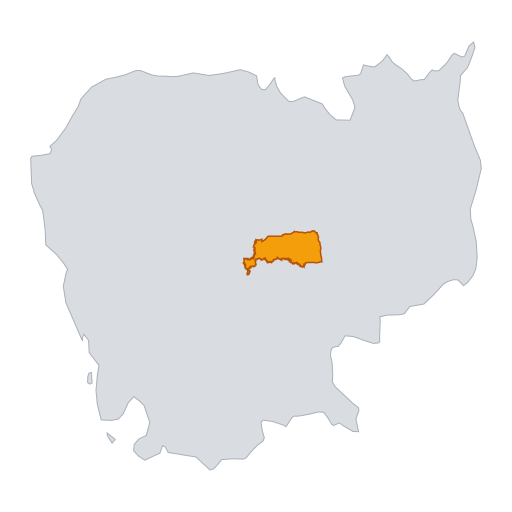 Santuk, Kâmpóng Thum, Cambodia shown in context
{"feature_id": "14789045B50738302536957", "entity_name": "Santuk", "entity_type": "district", "adm_level": 2, "iso_a3": "KHM", "parent_name": "Cambodia", "parent_adm1": "Kâmpóng Thum", "projection": "natural_earth1", "projection_center": [105.23, 12.591], "detail": "fine", "context": "in_parent", "style": "filled", "palette": "amber", "viewbox_px": 512, "rotation_deg": 0, "n_neighbors": 0, "source": "geoboundaries", "source_scale": "gbopen_adm2", "svg_char_len": 8570}
<svg xmlns="http://www.w3.org/2000/svg" viewBox="0 0 512 512"><path d="M473.6,42.0L475.0,47.5L471.4,57.9L467.6,67.4L460.5,75.6L460.2,81.6L457.8,99.7L458.7,105.5L460.4,110.4L462.7,113.0L469.0,130.7L474.7,146.8L480.3,160.0L481.3,168.4L476.2,189.6L470.3,209.0L470.8,218.7L473.4,228.4L476.2,241.3L477.2,257.9L475.8,268.7L473.1,275.4L467.9,282.2L463.5,285.7L458.0,279.9L453.7,279.7L448.0,281.4L443.4,284.1L434.2,294.2L424.0,304.0L409.8,306.5L404.3,313.8L398.4,314.8L387.2,315.1L379.9,316.8L380.2,320.5L379.6,337.8L379.8,341.8L378.7,342.9L373.6,343.4L365.0,340.8L353.3,336.5L345.1,335.8L340.8,343.3L338.3,346.3L335.1,346.7L331.9,348.1L330.8,351.4L330.5,355.6L332.1,362.8L332.7,374.2L332.3,382.0L335.3,386.9L353.1,403.5L358.4,407.6L359.0,410.1L355.9,419.1L358.6,431.7L353.1,431.5L343.8,426.1L339.3,422.8L333.9,425.4L332.1,424.9L328.4,418.7L323.7,412.3L318.8,411.9L308.4,414.4L297.8,416.2L293.8,416.1L292.2,417.3L286.0,426.7L283.4,425.1L272.7,421.5L263.0,420.1L261.0,422.6L262.2,430.3L264.3,437.8L263.1,441.0L257.7,445.0L250.7,452.1L246.3,457.7L243.3,459.1L232.6,458.8L221.8,459.5L217.5,464.8L213.5,468.9L210.0,470.0L196.0,457.0L168.2,452.5L165.2,446.8L162.5,445.7L159.9,453.1L144.7,460.2L138.3,455.9L133.6,450.7L134.3,444.3L138.7,439.1L146.3,435.4L149.8,422.3L144.1,405.5L139.0,400.6L133.7,396.7L128.1,403.0L123.3,413.6L118.4,419.1L111.4,420.4L101.2,419.9L97.3,404.0L96.0,390.3L97.4,374.7L99.0,365.4L89.2,352.7L88.6,340.5L83.9,334.3L82.5,337.4L82.6,340.9L81.3,338.4L65.9,302.7L63.3,286.2L66.0,273.5L67.6,269.2L63.1,262.5L56.9,254.9L45.8,244.9L45.1,229.1L42.7,210.5L39.4,204.3L34.3,192.8L31.6,183.3L30.7,158.2L32.1,156.2L40.0,155.5L50.1,153.7L51.7,149.6L49.9,146.3L56.4,140.6L65.7,128.1L72.9,115.1L78.0,106.9L81.1,98.7L91.5,87.2L105.9,79.2L115.6,77.3L125.7,74.6L135.4,70.7L140.0,70.4L152.1,75.0L158.6,76.2L165.4,76.2L172.5,76.7L178.7,76.2L193.4,72.9L209.1,75.5L223.1,73.5L240.4,69.7L248.9,72.1L256.6,75.8L257.7,83.5L259.5,87.0L262.1,89.7L265.5,89.7L269.9,84.3L273.6,78.8L274.8,77.8L275.0,80.5L276.8,86.5L280.1,92.4L283.5,96.2L289.0,101.4L292.6,101.7L304.5,96.8L322.2,103.9L324.3,107.5L330.0,114.7L336.2,119.9L350.1,120.2L355.0,107.4L352.6,99.7L344.7,86.1L342.5,78.1L345.1,76.7L358.4,75.2L360.6,73.6L363.5,64.9L367.1,65.9L374.6,67.0L382.4,61.0L387.0,54.7L389.5,57.6L392.3,62.0L395.3,64.5L401.0,68.3L407.2,73.7L411.1,78.9L414.2,81.0L422.1,79.5L424.2,79.7L428.8,73.4L432.0,69.9L434.8,70.9L438.8,70.8L447.0,62.7L451.8,55.3L454.3,53.3L461.8,57.0L464.7,56.2L469.0,46.0L473.6,42.0ZM92.1,382.9L90.5,383.9L89.1,383.8L87.6,382.4L87.8,376.6L88.9,373.1L91.4,372.5L92.1,382.9ZM115.3,439.4L112.1,443.2L107.2,435.3L107.2,433.0L115.3,439.4Z" fill="#d9dde1" stroke="#a8b0b8" stroke-width="1"/><path d="M321.8,261.9L321.4,257.0L320.8,255.5L320.8,254.0L320.4,252.3L320.4,250.2L320.7,249.2L320.8,248.1L320.4,245.6L319.9,244.2L320.0,242.7L318.8,241.1L318.5,240.1L318.1,239.8L318.2,238.6L318.6,237.2L318.1,236.4L317.7,234.6L317.1,234.4L316.9,234.1L317.2,232.9L315.5,232.5L315.2,231.7L314.6,231.1L313.6,231.1L313.4,230.9L312.6,231.1L312.4,230.9L312.0,231.0L311.8,231.3L310.7,232.0L310.4,231.9L309.6,232.3L308.0,232.0L305.7,232.8L305.0,232.9L304.0,232.7L303.7,232.8L303.0,232.4L301.7,232.2L300.2,232.4L299.6,232.2L298.1,232.2L297.2,231.7L294.8,231.9L294.3,231.4L293.3,232.4L290.6,233.9L290.3,233.9L289.9,234.1L287.4,234.0L286.7,234.2L285.9,233.8L285.4,233.9L284.9,234.3L284.3,234.2L284.0,234.6L283.5,234.8L282.8,234.7L282.4,235.2L282.4,235.7L281.4,236.2L268.4,236.2L267.5,236.8L267.3,237.2L265.3,239.4L263.9,240.4L261.9,241.6L261.8,239.3L261.5,239.5L258.7,240.2L257.2,239.7L256.6,240.2L256.0,239.8L256.1,241.2L255.5,240.8L254.8,241.3L254.7,241.8L255.3,242.9L255.5,242.8L255.9,242.0L256.0,241.9L256.2,242.8L255.6,243.0L255.3,243.7L254.5,243.6L254.5,243.9L253.4,247.0L254.5,247.3L254.6,247.7L255.0,248.0L254.1,248.9L254.3,249.4L254.7,249.4L254.9,249.7L254.7,250.1L254.0,250.1L254.1,250.4L254.5,250.5L254.7,250.8L254.1,251.0L254.4,251.6L254.8,251.2L255.1,251.5L255.1,251.9L254.4,252.4L254.7,252.8L255.2,252.8L255.4,253.6L255.1,253.5L255.2,253.9L255.0,254.0L255.0,254.3L254.7,254.2L254.5,254.6L254.0,254.2L253.6,254.8L253.6,255.0L253.5,255.4L253.7,256.0L253.9,256.1L253.7,256.7L254.1,256.8L254.1,257.6L253.8,257.8L253.5,257.6L252.9,257.6L252.8,258.1L253.3,258.4L253.3,258.7L252.7,258.4L252.4,258.0L252.2,258.2L251.9,257.7L251.4,257.6L251.0,258.5L251.3,258.6L251.8,258.1L251.7,258.5L250.7,259.4L250.2,258.9L250.1,259.3L249.6,259.4L249.4,259.9L248.8,259.7L248.6,259.2L248.4,259.2L248.2,258.7L247.7,258.7L247.4,259.2L247.2,258.7L246.8,259.0L246.3,258.5L245.9,258.8L245.1,258.3L244.5,258.8L243.8,258.6L243.8,259.0L244.5,259.7L244.0,261.0L244.3,261.6L244.2,261.9L244.0,262.2L244.0,262.5L243.5,262.6L243.3,263.0L243.6,263.7L244.2,263.7L244.6,264.2L245.1,263.9L245.6,264.6L245.6,264.8L244.5,265.1L244.5,265.3L244.9,265.8L244.9,266.2L245.2,266.5L245.1,266.8L245.5,266.7L245.7,266.9L245.2,267.5L245.3,267.7L245.7,267.7L245.8,268.2L245.6,268.5L246.5,269.2L247.4,268.9L247.3,269.6L247.6,269.8L247.4,270.2L247.8,270.7L247.7,271.3L247.8,271.9L247.6,272.5L247.2,272.9L247.3,273.4L247.2,273.8L247.5,274.4L247.3,274.7L247.6,274.8L247.9,274.4L248.2,274.6L248.7,273.8L248.8,273.9L248.9,273.7L249.0,273.8L249.3,273.6L249.4,272.6L249.2,272.6L249.4,272.5L249.3,272.2L249.4,272.3L249.5,272.1L249.6,272.3L249.9,271.8L249.5,271.7L249.5,271.3L249.8,271.0L249.7,270.5L248.7,269.8L248.9,269.0L248.8,268.5L249.0,268.4L248.9,268.3L249.3,267.9L249.2,267.8L249.4,267.4L249.8,267.2L249.9,266.9L250.2,267.1L250.0,267.6L250.5,267.8L250.7,267.6L250.6,267.8L250.9,267.8L250.8,267.2L251.1,266.9L250.9,266.7L251.0,266.3L252.1,266.4L252.3,266.2L252.7,266.2L252.9,266.5L253.3,266.6L253.7,266.2L254.2,266.6L254.6,266.4L254.8,265.9L255.0,265.9L255.2,265.4L255.4,265.4L255.3,265.1L255.6,264.7L256.0,264.6L256.0,264.0L255.4,262.7L255.7,261.6L255.1,261.1L255.6,260.7L255.4,260.0L255.5,259.4L256.1,259.6L256.3,259.4L256.5,259.5L256.7,259.2L257.2,259.3L257.2,258.9L257.4,258.8L257.5,258.9L258.0,258.9L258.4,258.4L258.8,258.5L258.8,258.8L258.9,258.4L259.3,258.1L260.0,258.4L260.4,258.9L260.3,259.2L260.9,259.9L261.2,259.8L261.5,259.9L261.8,259.5L262.1,259.9L262.4,259.9L262.8,259.8L262.9,259.2L264.0,258.7L263.9,258.4L264.1,258.1L264.7,257.9L265.1,258.1L264.7,258.4L264.9,258.5L264.7,259.0L264.8,259.5L265.1,259.7L265.5,259.6L265.7,259.4L265.8,260.1L266.0,260.1L266.1,260.4L267.1,260.9L266.7,261.5L266.8,261.6L267.2,261.5L267.1,262.4L267.3,262.6L267.7,261.7L267.8,261.9L268.1,262.0L268.1,262.3L268.5,262.5L269.0,262.0L269.5,262.3L270.0,261.5L270.4,261.7L270.6,262.3L270.9,262.3L271.0,261.6L271.3,261.5L271.7,261.6L271.8,261.9L271.9,261.6L272.5,261.7L273.4,260.9L273.2,260.1L273.7,259.4L273.9,259.4L274.7,259.9L275.1,259.3L276.4,259.2L276.3,258.9L277.0,258.2L277.5,258.3L277.7,258.1L277.4,257.3L277.5,257.3L278.8,259.0L279.4,258.9L279.8,259.2L279.8,259.7L280.1,259.1L280.4,259.6L280.5,259.4L281.0,259.2L281.7,259.9L281.7,259.6L281.3,259.1L282.3,258.3L282.8,258.8L283.6,259.0L283.8,258.8L283.6,258.5L283.8,258.4L284.1,258.3L284.1,258.8L284.5,259.0L284.8,258.7L285.2,258.9L285.3,258.6L285.4,259.3L286.2,258.7L286.5,258.8L286.4,259.4L287.0,259.6L286.8,259.3L286.9,258.7L287.2,259.0L288.0,259.1L288.1,258.8L288.4,259.5L288.5,259.1L289.1,258.8L289.3,258.9L289.1,259.2L289.4,260.3L289.8,259.9L290.0,259.4L290.1,259.6L289.9,260.5L290.1,260.3L290.5,260.5L290.6,260.0L291.0,260.0L291.2,260.3L290.9,260.9L290.4,261.1L290.6,261.7L290.4,261.9L290.8,262.0L290.9,262.6L291.5,262.5L291.5,262.8L291.3,263.0L291.9,262.8L292.2,263.2L292.4,263.3L293.0,262.8L293.0,263.1L292.6,263.6L292.6,263.8L293.0,263.7L293.2,263.1L293.5,263.1L293.7,263.3L293.7,263.1L294.0,263.7L294.4,263.7L294.5,263.5L294.8,262.9L294.8,263.1L295.0,263.0L295.5,263.1L295.7,262.9L295.9,263.1L296.3,263.0L296.0,262.7L296.3,262.6L296.4,262.9L296.6,262.4L296.8,262.4L296.7,262.6L296.8,263.0L297.0,262.9L296.8,262.7L297.1,262.7L297.3,263.2L297.5,263.2L297.6,263.5L297.9,263.6L297.6,263.7L297.8,264.3L298.2,264.0L298.5,264.3L298.5,264.6L298.8,264.7L298.9,265.1L298.9,264.7L299.3,264.5L299.5,264.9L299.9,265.0L299.7,265.3L299.6,266.0L299.8,266.1L299.8,265.6L300.0,265.4L300.5,265.5L300.6,265.8L301.1,266.2L300.7,266.3L300.8,266.6L301.7,266.8L301.9,266.6L302.2,266.7L302.1,266.4L302.9,266.6L302.9,266.3L303.1,266.2L303.1,266.4L303.3,266.2L303.5,266.4L303.6,266.0L303.9,266.3L303.8,265.9L304.1,265.9L304.2,265.7L304.4,265.3L304.2,265.2L304.5,264.8L304.3,264.5L304.7,264.6L304.6,264.4L304.9,263.9L305.1,264.2L305.3,263.9L305.2,263.7L305.5,263.5L305.4,263.3L305.7,263.2L305.9,262.6L313.4,262.4L316.6,262.9L318.2,262.4L319.3,262.4L320.3,261.7L321.8,261.9Z" fill="#f59e0b" stroke="#b45309" stroke-width="1.5"/></svg>